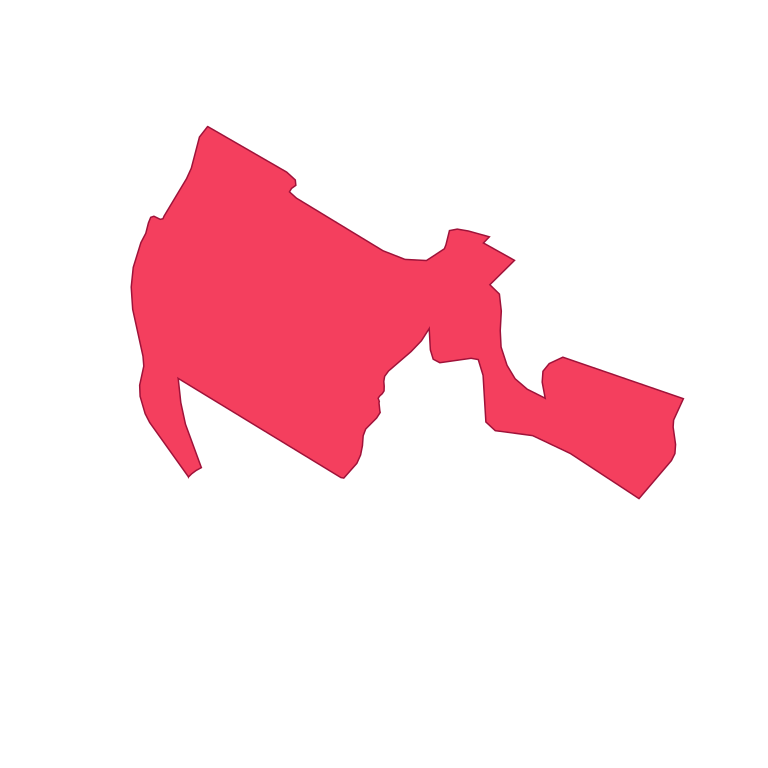 the border of Sultan Kudarat, rotated 31°
{"feature_id": "PHL-2580", "entity_name": "Sultan Kudarat", "entity_type": "Province", "adm_level": 1, "iso_a3": "PHL", "parent_name": "Philippines", "parent_adm1": "", "projection": "mercator", "projection_center": [124.544, 6.496], "detail": "fine", "context": "isolated", "style": "filled", "palette": "rose", "viewbox_px": 768, "rotation_deg": 31, "n_neighbors": 0, "source": "natural_earth", "source_scale": "10m", "svg_char_len": 1487}
<svg xmlns="http://www.w3.org/2000/svg" viewBox="0 0 768 768"><g transform="rotate(31 384 384)"><path d="M264.3,564.4L264.2,564.3L203.0,537.7L194.6,532.5L181.3,520.2L175.2,510.9L168.9,492.4L163.1,484.3L130.1,449.4L117.4,431.1L109.0,413.2L102.8,388.0L102.2,377.5L99.1,367.2L98.2,361.3L100.4,358.7L107.4,358.1L109.4,356.2L109.0,353.1L109.0,309.7L107.7,298.3L98.6,267.3L100.2,254.2L100.3,254.1L101.4,254.1L191.5,252.5L202.9,254.8L206.1,259.1L204.0,264.0L204.0,268.0L213.3,269.8L314.6,270.3L337.8,266.4L356.8,256.3L366.1,237.0L365.4,232.8L361.1,218.8L366.9,213.6L367.0,213.5L377.5,209.4L398.5,203.6L396.6,211.9L432.2,210.8L423.6,244.4L436.6,247.5L447.0,261.1L456.1,278.3L465.3,292.0L479.8,304.6L493.7,312.0L509.5,314.7L529.3,313.2L529.5,313.2L518.6,300.9L513.7,291.2L515.1,281.4L523.5,268.9L648.2,242.4L650.8,265.7L654.0,272.0L665.1,285.7L669.2,293.8L669.8,301.7L661.6,350.9L661.4,350.9L579.6,347.6L538.0,351.7L503.4,366.7L490.9,364.1L464.5,325.6L452.2,314.5L445.4,317.1L420.9,337.0L413.4,337.4L406.2,330.9L394.2,313.2L394.2,313.4L393.8,327.7L390.5,342.3L381.2,370.5L380.6,377.1L382.5,381.9L385.3,385.8L387.6,389.9L387.5,393.2L386.5,396.4L386.3,399.2L389.0,401.4L389.4,402.7L394.2,409.1L395.4,410.4L395.2,417.0L391.5,432.0L392.8,439.1L397.3,448.0L400.5,456.9L401.6,466.0L398.0,485.3L397.9,485.3L395.3,486.4L204.7,485.2L204.8,485.3L219.4,504.6L234.5,520.7L270.1,549.4L270.5,549.7L267.5,554.9L265.4,560.0L264.3,564.3L264.3,564.4Z" fill="#f43f5e" stroke="#9f1239" stroke-width="1.5"/></g></svg>